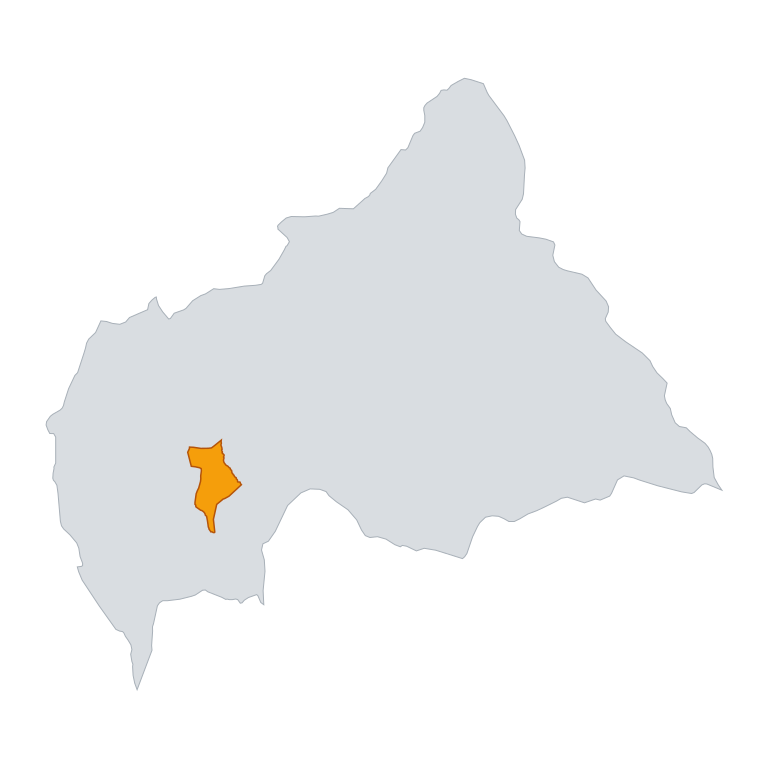 location of Bossembélé, Ombella-M'Poko, Central African Republic
{"feature_id": "33826404B7214769303301", "entity_name": "Bossembélé", "entity_type": "district", "adm_level": 2, "iso_a3": "CAF", "parent_name": "Central African Republic", "parent_adm1": "Ombella-M'Poko", "projection": "equal_earth", "projection_center": [17.729, 5.164], "detail": "fine", "context": "in_parent", "style": "filled", "palette": "amber", "viewbox_px": 768, "rotation_deg": 0, "n_neighbors": 0, "source": "geoboundaries", "source_scale": "gbopen_adm2", "svg_char_len": 5286}
<svg xmlns="http://www.w3.org/2000/svg" viewBox="0 0 768 768"><path d="M545.9,239.2L553.5,241.9L554.9,245.0L552.8,255.3L554.4,261.7L558.7,267.2L563.1,269.5L567.3,270.8L581.9,274.2L588.0,277.9L596.0,290.0L606.1,301.0L608.6,306.8L608.2,312.1L605.3,318.6L605.7,321.2L610.4,327.6L615.7,334.2L625.4,341.6L642.3,353.0L650.0,360.7L652.7,366.5L657.0,372.9L663.0,378.7L667.1,383.1L664.4,395.8L665.2,399.9L666.7,403.5L670.3,408.5L671.7,414.8L675.2,422.8L679.4,426.5L686.3,427.8L690.0,431.5L697.6,437.9L705.0,443.3L708.2,447.1L710.1,450.5L711.8,454.4L712.7,458.4L712.9,466.9L714.2,477.5L718.2,484.8L721.9,490.2L706.9,484.0L704.6,483.8L701.9,484.9L694.1,492.5L691.6,493.5L681.8,491.9L657.8,485.8L639.4,480.0L633.8,477.9L624.0,475.9L617.5,479.9L611.5,493.4L609.7,496.1L600.1,500.1L595.6,499.0L584.5,502.8L567.4,497.2L561.3,498.3L556.5,501.1L544.2,507.2L536.7,510.7L528.1,513.9L519.8,518.8L514.3,521.5L508.9,521.5L504.0,518.7L498.6,516.3L492.2,515.8L485.5,517.2L479.8,522.7L477.5,526.5L472.6,536.8L466.9,553.5L464.6,556.8L462.5,558.6L435.7,550.2L424.2,548.3L416.4,550.9L406.6,546.2L402.3,545.4L400.3,546.8L394.9,544.7L386.0,539.1L377.5,536.7L369.9,537.5L365.3,535.6L361.5,530.0L356.7,519.9L348.0,509.8L336.3,501.7L329.0,495.7L326.1,491.6L319.8,489.3L310.1,488.9L300.9,492.9L287.6,505.5L275.3,531.3L268.4,541.2L262.9,543.8L261.5,550.0L264.3,559.9L265.0,571.3L263.1,590.6L263.8,604.7L260.8,602.5L258.0,595.9L256.7,594.6L248.5,597.5L244.3,600.2L242.1,602.8L240.3,603.2L237.7,599.6L235.7,599.0L232.5,599.6L229.2,599.6L227.1,599.1L225.7,599.4L221.8,597.3L207.8,591.8L205.4,590.0L202.6,590.2L195.3,595.0L191.5,596.3L179.9,599.2L167.5,600.7L162.7,600.7L159.5,602.8L157.4,605.8L153.5,623.7L152.5,626.7L152.6,631.2L151.6,645.6L152.0,650.2L137.1,689.7L134.7,683.1L133.1,675.4L132.6,666.5L132.9,664.2L131.9,661.5L130.7,654.3L131.9,649.6L130.9,644.8L128.0,640.0L125.4,636.3L123.9,633.0L122.6,631.6L119.7,631.1L115.9,629.4L99.4,606.2L82.2,580.2L78.7,571.8L77.3,566.9L81.5,566.4L82.6,565.5L82.6,563.2L80.1,556.6L78.8,548.1L76.7,542.9L70.0,534.9L63.6,528.9L61.5,525.8L60.4,521.3L58.0,493.3L56.9,485.3L54.9,481.8L53.4,480.2L52.8,478.2L53.1,473.2L54.0,468.7L53.9,467.0L55.7,463.1L55.7,437.1L53.7,433.6L49.8,433.5L47.8,429.7L46.1,425.0L46.6,421.6L50.3,416.3L52.8,414.3L60.1,410.1L62.2,408.1L63.5,405.5L64.3,402.0L68.6,388.7L74.9,375.4L77.6,372.7L84.0,353.1L85.5,348.1L86.6,343.1L88.7,339.1L95.6,332.5L100.9,320.9L106.5,321.5L112.4,323.4L119.8,324.3L125.7,322.0L129.5,317.5L147.6,309.7L148.9,303.5L151.8,300.2L155.1,297.4L156.3,297.0L156.5,299.0L158.5,305.5L162.7,311.9L168.7,319.0L170.4,318.5L174.2,313.2L183.6,309.9L186.0,308.4L192.7,300.7L200.8,295.6L205.5,293.9L213.7,288.7L219.5,289.4L228.8,288.6L244.3,286.1L255.5,285.3L261.2,284.4L262.6,283.3L264.8,275.8L266.5,273.7L270.7,270.5L279.0,259.2L284.4,249.7L286.0,246.3L287.1,245.7L289.4,241.7L287.1,237.5L277.9,229.1L278.0,227.9L277.5,226.5L278.0,225.3L281.5,221.9L286.2,218.0L291.3,216.5L304.5,216.8L315.8,216.0L318.5,216.2L327.2,214.2L333.2,212.4L339.4,208.3L353.4,208.8L365.0,198.4L368.4,196.6L369.8,195.0L370.3,193.4L375.7,189.3L381.8,180.8L386.6,173.2L387.9,167.8L401.0,149.6L405.6,150.0L407.9,147.7L413.0,135.5L414.6,133.3L420.1,131.2L422.6,127.6L424.8,122.2L424.8,115.6L423.8,110.3L423.8,107.7L425.0,105.4L427.1,103.0L437.1,96.4L439.6,93.3L441.1,90.4L443.9,89.9L447.0,90.2L448.9,88.4L451.1,85.5L458.0,81.5L464.4,78.3L471.1,79.7L483.4,83.7L487.1,92.3L488.8,95.4L504.1,115.9L507.0,120.7L514.6,135.6L519.2,145.7L524.6,160.2L525.1,168.0L524.5,174.7L523.5,193.8L522.2,199.3L515.6,209.6L515.4,214.2L516.8,218.1L518.8,219.7L520.0,221.6L519.3,230.5L521.7,234.0L526.7,236.3L539.3,237.9L545.9,239.2Z" fill="#d9dde1" stroke="#a8b0b8" stroke-width="1"/><path d="M214.8,532.1L213.4,519.4L216.7,504.4L223.2,499.0L224.6,498.6L229.0,496.2L241.4,484.7L240.8,484.0L240.3,483.0L240.1,482.2L239.3,482.0L238.6,482.0L238.1,482.0L237.6,481.8L237.5,480.7L237.4,480.0L236.9,479.3L236.3,479.0L236.2,478.2L236.1,477.6L235.5,477.3L234.7,476.8L234.3,476.1L233.9,475.1L233.5,475.0L233.1,474.4L232.9,474.0L232.5,473.3L232.1,473.1L231.9,472.7L231.8,471.6L231.7,470.9L231.5,470.3L230.8,469.8L230.4,469.4L230.3,468.4L229.8,467.9L229.2,467.7L228.5,466.9L228.0,466.3L226.8,465.6L226.2,465.3L225.6,464.7L224.0,462.5L223.5,460.7L223.6,459.4L224.0,457.9L223.7,457.5L223.5,457.0L223.8,456.4L224.1,455.3L224.0,454.8L223.5,454.2L223.1,453.9L222.6,453.6L222.3,453.2L222.1,452.6L222.4,452.3L222.4,451.9L222.1,451.3L221.7,450.5L221.7,450.0L221.7,449.7L222.1,449.3L221.9,448.4L221.9,448.0L221.7,447.3L221.4,446.3L221.1,445.7L221.0,445.0L221.0,444.5L221.2,443.9L221.3,443.6L221.4,443.1L221.3,442.6L221.1,442.2L221.1,441.8L221.3,440.1L214.4,445.7L211.5,447.9L208.3,448.3L200.9,448.4L193.5,447.3L189.5,447.1L189.4,448.6L188.0,451.6L187.7,452.3L191.3,466.3L195.4,466.8L197.9,467.4L199.5,467.7L201.2,468.6L201.4,470.8L200.7,475.9L200.8,478.9L200.5,481.5L198.7,488.0L197.4,490.6L196.2,493.7L195.4,499.5L195.0,502.3L195.0,504.4L195.7,505.0L195.8,506.0L195.9,506.8L196.5,507.3L200.6,510.2L202.2,510.7L204.0,512.2L205.0,513.7L205.4,515.3L206.1,515.8L206.6,516.3L207.4,520.5L208.0,524.5L208.3,527.0L209.0,528.4L208.9,528.9L209.4,529.7L210.4,531.1L210.9,531.9L211.5,531.8L212.2,531.9L212.6,532.2L213.1,532.5L213.6,532.6L214.2,532.6L214.5,532.5L214.8,532.1Z" fill="#f59e0b" stroke="#b45309" stroke-width="1.5"/></svg>